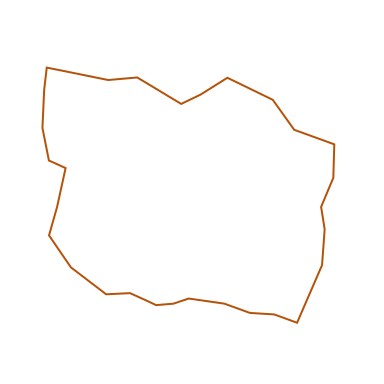 Deneia, Nicosia, Cyprus (Mercator projection), rotated 261°
{"feature_id": "46923920B18797471860683", "entity_name": "Deneia", "entity_type": "district", "adm_level": 2, "iso_a3": "CYP", "parent_name": "Cyprus", "parent_adm1": "Nicosia", "projection": "mercator", "projection_center": [33.146, 35.18], "detail": "fine", "context": "isolated", "style": "outline", "palette": "amber", "viewbox_px": 384, "rotation_deg": 261, "n_neighbors": 0, "source": "geoboundaries", "source_scale": "gbopen_adm2", "svg_char_len": 519}
<svg xmlns="http://www.w3.org/2000/svg" viewBox="0 0 384 384"><g transform="rotate(261 192 192)"><path d="M46.4,275.3L99.4,309.0L134.4,317.2L157.1,317.2L183.9,333.8L216.8,340.0L237.4,302.7L270.4,286.2L299.3,244.8L286.9,215.8L280.7,195.1L313.7,155.8L315.7,126.8L337.6,68.0L316.1,62.0L278.7,54.3L245.5,55.6L235.4,70.9L198.3,56.4L171.5,44.0L136.5,60.6L104.4,91.2L101.8,115.0L93.9,127.0L85.9,138.9L84.6,156.1L87.3,172.0L76.7,206.4L63.5,230.3L58.2,254.1L46.4,275.3Z" fill="none" stroke="#b45309" stroke-width="2"/></g></svg>